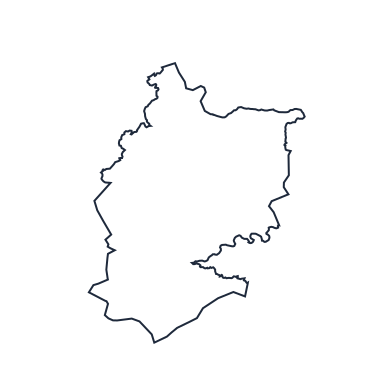 Dioila, Koulikoro, Mali, rotated 249°
{"feature_id": "8926073B3838133103629", "entity_name": "Dioila", "entity_type": "district", "adm_level": 2, "iso_a3": "MLI", "parent_name": "Mali", "parent_adm1": "Koulikoro", "projection": "natural_earth1", "projection_center": [-6.702, 12.317], "detail": "fine", "context": "isolated", "style": "outline", "palette": "slate", "viewbox_px": 384, "rotation_deg": 249, "n_neighbors": 0, "source": "geoboundaries", "source_scale": "gbopen_adm2", "svg_char_len": 5483}
<svg xmlns="http://www.w3.org/2000/svg" viewBox="0 0 384 384"><g transform="rotate(249 192 192)"><path d="M242.8,114.0L241.9,114.6L240.4,114.7L238.9,114.1L237.5,112.7L236.8,112.2L235.3,112.5L233.6,113.2L232.0,114.4L231.4,115.7L231.3,115.8L230.8,117.0L229.7,119.2L218.7,97.7L208.9,97.0L197.0,98.7L181.2,101.3L178.5,94.1L173.1,95.2L171.2,93.7L168.6,95.8L165.3,99.0L164.4,91.4L160.9,89.5L150.2,84.2L141.7,82.3L140.4,82.1L140.0,71.7L140.4,66.6L135.3,59.8L121.5,72.0L120.7,73.0L117.7,73.5L108.3,66.5L104.0,68.7L100.5,72.2L98.9,76.1L95.4,90.4L90.0,96.6L73.5,103.4L64.9,102.8L66.0,116.8L68.2,122.6L70.5,129.5L71.5,141.1L71.5,141.5L72.5,151.4L79.6,160.6L83.5,178.3L83.8,194.8L75.5,204.1L86.4,211.1L87.4,211.7L87.2,210.7L88.1,210.3L89.8,210.0L90.9,208.8L91.6,209.3L92.6,210.1L92.8,209.0L93.2,207.7L93.3,206.5L93.3,205.9L93.7,205.5L94.8,203.9L95.2,203.4L95.5,203.4L95.8,203.8L96.2,204.3L97.1,204.6L97.2,203.8L97.2,203.7L97.0,202.6L97.4,202.1L97.7,201.8L98.3,200.7L97.8,199.7L97.5,199.1L97.4,198.6L97.4,198.0L98.6,195.7L99.2,193.2L100.2,192.6L100.2,191.6L100.5,190.7L101.2,190.1L103.5,190.3L103.9,190.0L103.2,188.7L103.2,187.6L104.3,188.1L105.3,186.9L106.5,185.9L106.8,185.1L109.7,185.2L111.3,185.8L113.1,185.3L114.1,184.8L114.2,182.9L115.3,182.1L114.7,181.0L115.1,179.3L115.8,179.1L115.8,177.4L116.4,176.3L117.9,175.4L118.8,173.0L119.3,172.8L119.6,172.7L120.0,173.1L120.5,173.6L122.0,172.8L123.8,170.4L123.7,168.8L124.2,167.3L125.4,166.8L125.8,166.6L125.4,168.1L125.3,168.3L126.1,170.4L125.3,171.9L125.1,174.4L124.3,176.9L122.7,178.8L122.5,179.8L122.7,181.8L122.8,182.1L124.9,184.2L125.6,186.5L125.7,187.1L125.8,187.8L126.4,189.0L125.8,190.8L125.3,191.1L124.5,192.7L125.2,195.4L127.0,198.0L128.7,198.6L130.2,198.3L131.6,199.5L131.8,201.1L130.7,204.7L129.7,205.7L126.9,210.0L126.5,210.9L126.5,212.2L127.6,213.3L128.0,213.8L129.3,213.6L131.2,213.5L131.9,213.7L133.8,215.5L134.5,217.2L134.7,220.5L133.7,221.6L131.5,222.2L129.5,224.0L128.5,226.6L127.2,227.1L125.2,227.5L124.8,226.7L124.1,227.2L123.4,228.1L123.1,229.4L123.7,231.2L124.5,232.0L125.0,232.5L127.7,230.4L128.5,230.4L129.4,230.4L130.6,231.1L131.7,232.6L131.2,234.2L130.2,236.5L129.5,237.2L127.7,238.8L126.6,239.8L125.5,240.5L123.1,240.3L121.5,239.9L121.0,240.9L119.5,241.7L119.1,243.0L119.7,246.3L121.0,247.5L122.0,248.1L123.4,248.3L125.1,247.5L126.1,246.5L127.0,246.6L128.8,250.0L130.1,250.6L131.2,250.8L131.3,251.2L131.1,253.5L130.2,255.0L129.0,256.1L127.9,257.6L127.8,258.7L127.9,259.7L128.7,259.9L129.4,259.9L130.1,260.7L130.0,260.9L129.7,261.4L143.9,261.0L151.2,258.8L154.9,263.1L155.3,281.2L163.6,279.4L167.9,281.2L172.9,288.4L191.8,295.3L193.0,296.6L194.9,298.8L197.3,295.2L197.9,294.7L199.4,294.9L199.9,295.0L200.2,295.1L201.3,295.4L201.6,295.6L201.8,295.8L202.1,295.5L202.3,295.3L202.8,295.1L203.3,295.6L203.6,296.3L203.9,297.4L204.0,297.8L204.8,297.5L205.5,297.2L207.4,298.1L207.8,298.3L208.3,298.5L208.8,299.1L209.0,299.2L210.9,299.6L212.1,299.8L213.7,300.7L215.0,300.6L216.8,301.8L219.1,302.4L221.7,304.7L222.1,306.1L221.8,307.3L221.0,308.0L220.8,309.0L221.0,310.9L220.2,313.4L221.6,314.6L222.4,315.8L222.9,316.6L222.8,317.5L222.0,318.3L221.4,319.8L220.8,321.3L221.1,322.6L222.0,324.2L224.0,324.1L225.8,324.1L226.9,323.6L229.7,323.0L232.2,319.1L232.7,317.5L232.5,315.3L233.2,313.2L232.8,312.1L232.5,311.7L232.3,310.3L232.5,309.2L232.9,307.9L235.4,301.8L238.8,298.0L239.9,297.6L240.8,293.6L241.1,291.3L242.1,289.0L244.2,286.2L244.0,285.1L244.3,283.5L244.9,282.7L246.5,280.9L247.1,279.5L247.7,278.4L248.7,276.1L249.7,274.7L250.2,272.7L250.9,271.6L251.5,270.6L253.7,268.3L254.3,265.5L253.1,263.6L252.7,262.0L253.2,260.5L252.7,259.4L251.7,256.7L251.8,254.1L250.3,251.0L250.0,249.3L250.7,247.2L251.6,245.9L254.0,242.6L256.4,239.9L256.4,239.5L256.7,239.4L257.1,239.2L258.0,237.2L263.1,233.0L273.7,232.6L280.2,240.6L285.1,240.8L287.8,238.2L286.8,229.3L290.9,223.7L297.4,224.8L308.2,222.6L318.4,222.3L319.1,208.6L317.7,208.9L316.5,208.6L314.7,205.4L314.2,204.3L315.1,202.8L315.3,201.3L314.2,200.5L313.8,199.7L313.7,198.9L314.8,198.7L316.1,198.9L315.5,197.1L314.8,194.6L314.9,192.2L313.7,192.4L312.4,192.6L312.3,192.3L312.1,191.2L311.6,190.0L310.1,189.8L308.3,190.8L307.0,190.9L305.7,192.8L305.9,194.3L305.9,194.9L305.9,196.1L305.8,196.8L305.1,197.1L304.4,196.8L303.5,196.1L303.0,195.0L302.4,195.0L302.1,195.7L301.8,196.6L301.2,197.6L300.5,197.6L299.8,197.5L299.1,196.6L298.9,195.0L297.6,194.4L296.1,193.9L294.6,193.3L293.4,194.0L292.3,193.5L291.8,192.3L291.9,191.0L291.5,189.1L291.5,188.5L291.6,187.4L289.7,184.4L289.0,182.5L287.9,181.4L287.8,179.1L286.7,177.9L284.7,176.3L281.8,176.1L279.6,175.4L276.7,175.1L275.2,175.7L273.9,175.1L272.6,175.6L271.1,176.5L270.0,176.1L268.6,177.0L269.1,175.3L268.7,172.8L269.8,172.0L272.2,171.9L273.5,171.7L273.8,170.5L274.0,168.9L271.8,166.4L269.4,162.8L268.8,162.7L268.5,162.3L268.1,161.7L268.3,161.0L268.7,159.5L267.7,156.8L267.4,156.2L267.9,155.6L268.7,156.6L270.0,157.4L270.8,157.5L271.7,155.8L271.4,154.0L272.5,152.1L271.8,150.2L270.2,149.6L270.1,147.1L269.8,146.9L268.5,145.6L266.7,145.0L266.3,142.9L265.3,142.1L263.7,141.2L261.4,140.9L260.6,142.2L258.2,142.1L257.0,143.3L255.2,144.4L254.1,141.7L252.6,140.1L251.6,139.8L249.9,139.8L249.2,139.2L248.8,138.9L249.1,138.1L249.4,137.3L249.6,136.2L249.1,136.1L248.5,136.5L247.5,136.5L247.3,135.5L247.2,134.4L247.4,131.0L246.0,129.1L243.8,124.9L243.2,123.7L244.2,120.3L243.8,118.6L244.4,117.8L244.9,117.2L244.4,116.3L244.1,116.4L243.6,116.5L243.3,115.4L243.0,114.7L242.9,114.2L242.8,114.0Z" fill="none" stroke="#1e293b" stroke-width="2"/></g></svg>